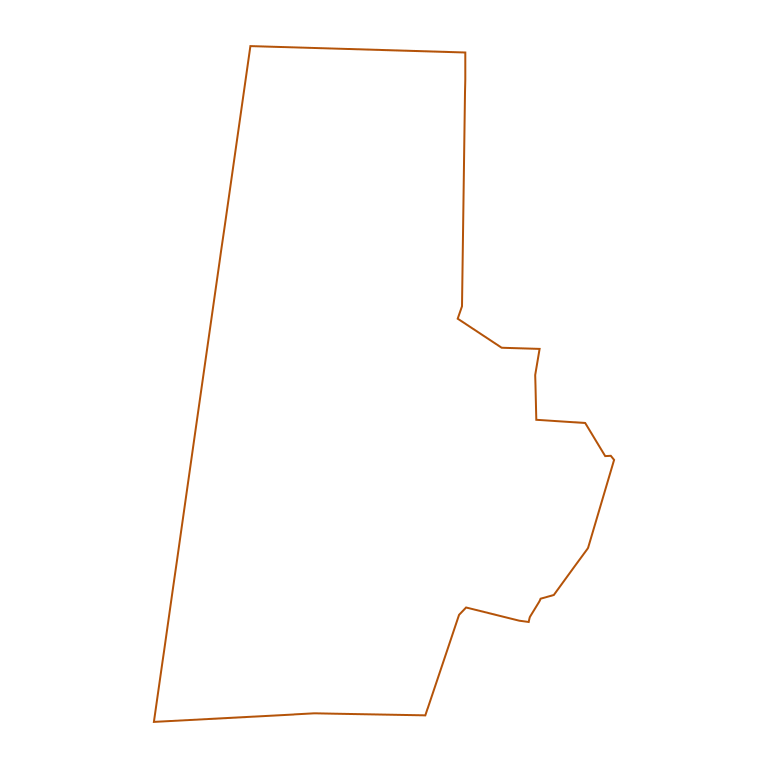 Durham, North Carolina, United States of America (Albers equal-area conic projection)
{"feature_id": "52423323B73804812534091", "entity_name": "Durham", "entity_type": "district", "adm_level": 2, "iso_a3": "USA", "parent_name": "United States of America", "parent_adm1": "North Carolina", "projection": "albers", "projection_center": [-78.845, 36.051], "detail": "fine", "context": "isolated", "style": "outline", "palette": "amber", "viewbox_px": 768, "rotation_deg": 0, "n_neighbors": 0, "source": "geoboundaries", "source_scale": "gbopen_adm2", "svg_char_len": 866}
<svg xmlns="http://www.w3.org/2000/svg" viewBox="0 0 768 768"><path d="M153.9,721.9L254.0,716.6L254.4,716.6L293.8,714.5L294.2,714.4L314.5,713.3L334.4,713.7L422.8,715.3L425.3,715.4L427.5,708.8L427.7,708.4L448.1,647.6L458.3,617.1L459.1,614.8L466.1,607.5L519.3,620.7L528.7,622.0L529.0,620.5L529.5,618.3L529.8,617.2L530.4,616.1L539.4,601.4L539.8,600.5L540.0,600.2L540.4,599.1L540.6,598.7L553.8,595.0L574.0,567.2L587.5,548.8L588.1,547.8L614.1,459.9L610.8,455.8L605.2,456.1L585.2,423.0L536.3,419.8L535.6,390.3L535.5,385.9L535.2,375.0L539.6,348.9L503.3,347.8L501.6,347.7L457.7,318.7L462.0,306.3L465.0,92.6L465.3,79.6L465.3,52.5L257.3,46.3L250.4,46.1L225.6,220.0L224.3,229.0L221.0,251.5L219.6,261.5L194.8,435.2L182.5,521.6L181.5,528.6L176.9,561.1L174.8,575.6L172.7,590.2L164.0,651.5L162.6,661.0L162.3,663.1L153.9,721.9Z" fill="none" stroke="#b45309" stroke-width="2"/></svg>